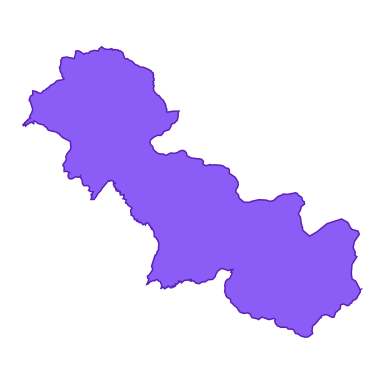 outline of Orastioara De Sus, Hunedoara, Romania
{"feature_id": "2599482B76008210683345", "entity_name": "Orastioara De Sus", "entity_type": "district", "adm_level": 2, "iso_a3": "ROU", "parent_name": "Romania", "parent_adm1": "Hunedoara", "projection": "albers", "projection_center": [23.232, 45.653], "detail": "fine", "context": "isolated", "style": "filled", "palette": "violet", "viewbox_px": 384, "rotation_deg": 0, "n_neighbors": 0, "source": "geoboundaries", "source_scale": "gbopen_adm2", "svg_char_len": 5935}
<svg xmlns="http://www.w3.org/2000/svg" viewBox="0 0 384 384"><path d="M304.5,204.2L304.2,201.7L302.6,200.6L301.7,197.3L298.2,195.1L297.2,193.4L295.6,192.8L287.3,194.4L283.5,194.0L280.9,195.5L278.4,196.2L273.8,200.3L272.3,201.0L269.2,201.2L266.4,200.1L258.9,199.7L251.2,201.4L249.8,202.3L244.0,202.2L239.2,198.2L238.5,195.1L235.9,192.1L236.0,189.5L237.3,187.7L238.3,185.0L238.0,182.1L235.1,177.2L229.7,173.6L229.3,172.8L229.4,170.1L228.4,168.4L226.2,168.1L223.4,166.1L221.5,165.4L215.0,164.8L211.4,165.1L210.3,164.5L206.8,165.5L205.0,165.4L203.0,164.1L203.4,161.3L201.5,159.2L191.4,158.0L187.1,155.8L186.2,152.7L185.0,151.2L183.1,150.4L180.4,150.7L177.2,152.6L174.8,153.3L170.5,153.0L166.9,155.0L165.2,155.2L163.8,154.2L158.2,153.6L154.7,150.9L153.3,149.1L152.6,146.2L150.9,144.9L150.2,143.4L150.0,141.4L150.7,139.9L153.3,137.5L157.2,135.4L161.0,135.4L163.0,133.3L163.6,131.6L164.4,131.2L169.0,129.8L171.0,126.4L171.3,124.3L174.7,122.9L177.3,120.1L178.1,116.8L178.2,112.8L179.0,111.1L173.2,111.2L166.9,112.2L166.6,111.1L166.9,109.5L165.9,107.3L165.8,105.9L165.0,105.6L165.8,105.7L165.7,105.0L163.4,100.4L160.8,98.2L159.4,95.9L157.5,95.1L154.1,91.5L153.4,88.4L154.2,85.6L153.0,84.3L153.8,83.0L152.9,81.4L154.1,80.2L153.7,79.6L154.1,78.6L153.0,76.5L153.6,75.5L153.1,72.8L151.9,72.1L151.0,70.8L147.9,69.1L143.5,67.3L140.2,67.1L137.8,65.4L135.4,64.7L132.3,61.5L128.9,59.9L127.4,58.6L126.6,59.0L124.7,58.5L122.7,52.5L120.3,50.9L118.8,50.9L118.4,50.0L113.9,49.5L113.7,50.2L112.4,50.1L111.9,48.6L108.6,49.4L106.2,49.3L104.2,48.7L101.6,46.8L98.9,49.2L98.2,50.9L94.1,50.4L89.9,51.6L88.7,53.1L85.3,53.2L84.0,54.3L80.7,51.9L78.1,50.7L76.1,51.0L75.7,51.1L75.4,54.5L74.2,58.6L66.8,57.0L62.3,57.7L60.8,60.4L61.0,62.7L60.6,65.2L59.4,67.8L60.0,69.0L60.2,71.3L61.8,73.9L62.3,76.6L64.0,79.0L61.3,80.1L58.2,80.3L56.5,81.1L54.3,83.5L50.3,85.5L49.2,87.0L45.9,89.3L45.3,90.3L43.6,90.6L41.0,93.4L38.3,92.9L36.4,91.5L32.7,90.9L32.8,94.9L30.6,96.0L29.3,99.2L29.6,100.1L29.3,100.6L30.4,101.9L32.5,108.6L32.5,110.4L31.5,113.0L29.5,116.7L30.5,118.3L28.3,119.2L27.2,120.3L27.5,120.4L24.9,122.5L25.2,122.9L23.0,124.6L23.3,125.7L25.2,124.9L25.6,126.1L26.8,124.8L31.5,122.1L33.7,123.7L34.0,123.1L33.4,122.4L33.3,121.6L34.7,120.9L38.0,123.5L44.1,125.1L44.8,126.4L47.0,127.8L47.4,129.2L48.7,130.3L56.8,132.2L57.8,133.4L59.3,133.7L59.9,135.0L62.9,137.7L70.3,141.4L70.9,147.4L70.5,149.5L67.3,153.3L65.8,156.6L66.3,158.5L65.9,160.3L64.3,163.1L63.5,163.6L62.9,165.4L64.2,167.1L64.1,171.5L67.3,171.5L69.6,172.6L68.6,173.3L68.0,175.6L68.1,176.7L69.1,178.5L70.0,178.8L71.8,178.9L75.7,176.8L79.0,177.3L80.5,175.8L80.7,177.8L82.3,180.6L82.3,183.2L83.7,185.6L88.2,185.7L89.6,187.3L89.3,189.1L88.5,190.4L90.3,191.5L93.3,191.8L92.8,193.0L91.2,194.5L92.1,194.8L91.3,196.0L91.4,197.0L92.0,197.2L90.9,199.5L94.1,199.4L96.9,195.5L97.8,193.6L100.3,191.2L102.2,188.2L108.4,180.8L109.1,180.4L109.5,181.2L111.4,180.4L113.6,181.4L113.4,182.7L116.0,183.3L113.8,183.7L113.4,184.4L114.3,186.5L115.1,186.8L114.9,187.6L115.6,188.2L116.1,190.1L116.7,189.2L117.2,190.8L117.7,190.5L117.8,191.4L120.0,191.2L119.9,192.6L120.5,192.7L120.1,194.0L120.4,195.0L124.1,194.8L123.6,196.2L123.9,198.0L123.0,198.7L126.4,199.8L125.5,202.3L125.7,203.1L127.3,203.7L128.1,205.3L131.8,207.7L131.9,208.5L130.8,209.6L130.7,212.4L131.5,213.4L131.0,214.7L131.3,215.3L132.7,215.8L133.7,216.9L134.4,219.5L135.9,219.3L136.4,220.9L137.2,220.4L137.4,221.3L138.3,221.3L139.2,222.6L140.1,222.2L140.2,222.6L141.2,222.6L142.9,224.7L144.6,224.0L145.5,224.9L146.5,222.9L148.5,223.3L149.0,224.9L150.4,226.0L150.6,227.5L152.2,228.2L151.6,229.1L152.9,229.9L153.7,231.2L154.2,233.6L154.2,236.5L156.3,237.9L156.5,238.7L157.5,239.7L157.9,241.3L158.4,241.7L158.9,244.3L158.4,248.6L158.6,249.4L157.9,250.9L157.0,251.7L157.0,252.9L156.3,254.6L155.4,254.9L154.9,255.7L151.6,266.2L151.6,266.7L152.4,267.8L152.6,269.9L148.9,275.2L147.5,276.0L147.6,278.2L148.6,278.8L148.7,280.1L146.8,284.4L148.0,284.0L149.8,282.0L153.1,280.6L154.5,280.9L156.0,279.7L157.4,279.7L158.1,280.7L160.3,281.7L161.6,285.0L161.6,286.5L160.7,289.1L161.7,287.3L162.6,287.2L162.9,287.8L164.0,287.4L164.6,288.8L166.4,287.8L166.5,287.2L168.0,287.1L168.1,286.0L169.6,286.5L170.5,287.8L170.9,287.4L171.8,287.7L172.6,286.1L173.5,287.0L173.7,286.1L174.6,286.5L175.4,286.1L175.2,284.1L176.7,284.5L177.3,283.6L178.5,283.0L178.9,282.1L178.6,281.3L179.9,281.8L180.3,280.6L180.5,282.0L181.6,281.7L182.1,282.0L182.0,282.4L184.4,280.4L187.9,280.1L189.2,279.5L190.0,279.8L189.6,280.7L191.0,281.0L190.5,280.0L191.1,279.4L191.9,280.9L193.1,280.5L196.1,283.2L199.1,283.7L202.4,281.8L204.8,282.0L208.2,279.8L212.6,279.4L214.9,277.1L216.0,274.0L218.0,270.9L221.2,268.6L223.4,268.8L228.1,270.6L231.0,269.5L233.7,269.5L231.1,270.8L230.8,272.3L231.7,272.5L232.1,273.3L229.7,278.6L227.3,279.4L225.6,281.5L224.8,285.3L225.1,288.5L224.6,291.5L226.4,296.5L227.7,297.9L229.7,298.5L230.5,300.0L231.0,302.6L232.4,303.3L233.4,304.8L237.4,308.0L238.3,310.0L240.0,312.1L242.9,313.2L245.2,313.4L247.1,312.7L249.9,313.8L251.9,317.5L257.3,318.8L258.5,319.6L262.0,317.1L268.9,319.6L274.2,318.4L275.5,319.7L274.7,320.9L275.5,323.5L277.5,325.9L280.9,327.3L286.6,327.3L288.1,329.0L292.3,329.2L293.8,330.1L295.5,333.5L297.8,333.9L301.2,336.1L305.0,337.2L308.2,336.9L312.5,333.7L312.7,333.0L312.0,331.3L312.5,326.5L313.1,325.4L314.8,324.4L320.2,317.9L321.2,317.7L321.0,316.5L321.7,315.9L324.9,314.7L327.1,314.7L331.5,317.1L333.9,317.3L335.8,312.3L340.4,308.6L340.4,305.0L343.5,303.9L347.2,305.7L348.8,305.4L350.4,303.5L351.7,302.9L352.0,301.8L353.3,300.2L355.0,299.8L357.2,297.8L357.3,296.9L360.3,292.0L360.1,290.6L361.0,289.4L360.1,289.7L355.6,281.0L352.1,279.0L351.3,273.7L352.0,264.4L356.9,256.8L355.0,255.4L355.2,252.1L353.1,247.7L354.4,241.6L359.3,234.4L358.1,231.1L352.2,229.5L350.4,227.7L347.9,222.5L341.6,219.0L327.0,223.7L316.6,232.1L309.5,236.1L302.5,230.0L302.7,228.2L301.3,223.8L300.4,217.1L298.3,213.9L300.5,210.0L301.3,206.5L304.5,204.2Z" fill="#8b5cf6" stroke="#5b21b6" stroke-width="1.5"/></svg>